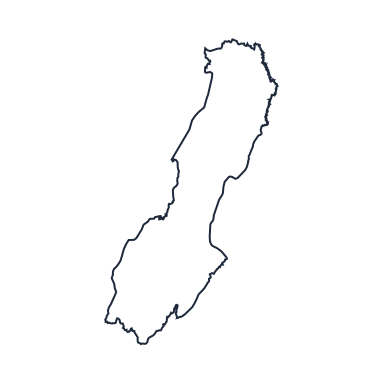 outline of Batheay, Kâmpóng Cham, Cambodia, rotated 16°
{"feature_id": "14789045B52363017269131", "entity_name": "Batheay", "entity_type": "district", "adm_level": 2, "iso_a3": "KHM", "parent_name": "Cambodia", "parent_adm1": "Kâmpóng Cham", "projection": "equal_earth", "projection_center": [104.945, 12.037], "detail": "fine", "context": "isolated", "style": "outline", "palette": "slate", "viewbox_px": 384, "rotation_deg": 16, "n_neighbors": 0, "source": "geoboundaries", "source_scale": "gbopen_adm2", "svg_char_len": 5959}
<svg xmlns="http://www.w3.org/2000/svg" viewBox="0 0 384 384"><g transform="rotate(16 192 192)"><path d="M245.1,66.7L243.5,64.8L242.6,65.3L241.6,63.9L240.4,63.5L239.9,62.6L240.1,61.9L239.3,62.2L238.8,61.5L238.1,62.3L238.2,63.3L237.6,64.1L236.9,64.0L236.0,61.4L235.5,61.7L234.8,60.8L234.7,60.3L235.9,60.0L234.9,59.3L234.3,58.4L233.5,58.6L233.0,58.3L233.7,57.4L232.7,56.9L232.9,56.1L232.3,56.2L231.9,55.6L232.1,54.7L231.6,53.8L231.2,53.9L230.9,54.6L229.4,53.6L229.8,52.9L230.0,53.2L230.3,52.2L229.7,52.1L229.3,52.5L229.2,52.1L229.5,51.7L229.3,51.3L228.8,52.0L228.5,51.9L228.1,50.9L228.1,49.7L227.6,50.5L227.1,49.1L226.8,49.9L226.0,49.7L225.8,49.3L226.1,48.4L224.8,48.7L224.7,48.4L225.1,47.6L224.9,47.3L223.8,47.9L224.4,44.8L223.7,44.5L223.8,43.1L223.3,43.1L222.8,43.8L222.4,43.5L223.1,42.7L223.2,42.2L222.7,41.8L223.0,41.0L221.9,40.9L222.0,39.7L221.3,39.9L221.5,39.3L222.6,38.4L221.9,37.9L220.7,37.9L220.4,36.9L219.8,37.0L219.1,35.9L218.7,36.1L217.6,34.1L216.1,33.3L216.7,32.1L216.5,31.9L214.2,32.0L213.2,32.5L212.0,31.7L211.7,32.3L211.1,33.3L211.3,33.8L212.0,34.3L212.5,36.8L212.4,37.9L211.3,37.3L209.9,37.3L209.0,36.7L208.6,36.9L208.2,36.5L208.4,35.5L208.1,35.4L205.8,35.8L204.4,34.2L204.1,36.4L203.8,36.7L201.7,36.3L201.1,35.0L198.4,35.8L196.3,37.2L195.3,36.8L193.5,34.7L189.1,34.1L188.7,34.3L188.5,36.4L188.2,37.3L187.8,37.5L185.9,36.7L184.5,37.9L182.8,37.9L181.9,38.3L181.5,40.5L180.4,40.7L180.2,41.5L180.6,42.4L180.8,43.9L180.6,45.3L180.1,46.2L177.4,47.0L170.7,51.5L167.9,51.5L165.1,50.2L165.9,55.2L167.3,55.9L167.9,58.8L168.6,59.3L170.0,59.3L172.0,61.0L172.5,61.2L173.2,60.8L173.6,61.4L173.1,62.7L173.7,64.2L171.9,64.4L171.5,66.2L171.7,68.3L170.9,67.8L170.4,68.0L170.3,68.5L171.2,72.6L171.7,73.3L173.0,73.4L176.2,71.7L178.2,72.0L179.0,73.0L179.7,77.0L180.6,93.9L180.3,98.4L180.4,107.3L176.2,113.5L173.9,118.3L172.3,123.3L172.3,132.6L163.5,166.5L165.1,167.8L165.7,167.2L165.6,165.6L168.0,165.8L169.9,167.3L171.5,172.2L172.9,174.8L173.7,175.5L173.9,178.4L174.6,181.1L174.1,182.6L174.8,185.7L175.6,186.8L175.8,188.4L175.4,190.2L173.8,192.4L173.1,194.4L173.1,195.5L175.3,201.8L176.9,205.1L176.0,206.5L176.5,207.1L175.7,208.6L174.4,209.7L173.2,209.7L173.1,210.2L173.3,211.6L173.8,212.6L173.9,213.8L173.5,216.3L173.8,217.2L173.8,218.1L173.4,218.9L173.3,220.5L173.8,220.6L173.8,221.2L174.1,221.4L174.1,221.8L172.9,221.4L173.3,222.5L171.9,223.9L171.9,224.3L172.2,224.4L172.0,226.1L171.3,226.4L170.9,226.2L171.2,225.7L169.8,224.9L169.3,225.4L169.6,225.7L169.5,226.1L168.8,226.9L168.0,227.3L167.5,225.3L168.7,224.5L168.5,223.8L167.7,224.0L163.4,226.4L162.9,228.1L158.9,229.4L158.4,230.3L157.9,232.5L154.5,236.7L154.0,241.8L151.3,251.5L149.9,253.5L149.1,254.1L144.4,255.6L142.9,260.7L142.2,266.0L142.3,276.0L142.0,278.6L140.9,282.3L139.8,284.9L138.3,287.4L137.9,290.2L138.7,293.2L138.6,297.0L141.9,300.9L142.8,302.2L144.2,305.6L146.7,309.0L146.5,311.6L144.9,322.5L144.1,325.0L143.9,327.1L143.9,329.2L145.1,331.7L144.2,334.7L144.4,336.5L143.8,338.8L144.6,339.6L144.9,340.8L146.2,340.1L147.2,341.2L148.3,340.4L149.6,340.7L151.8,340.3L152.2,339.8L154.5,339.2L154.8,337.4L154.6,336.4L154.8,334.4L155.0,334.0L156.2,334.0L157.7,335.0L158.8,337.2L159.6,338.0L161.7,337.5L163.4,339.9L163.5,340.9L163.1,341.7L163.6,341.9L163.8,341.6L165.5,343.2L166.7,342.7L166.6,343.1L168.9,344.3L169.5,343.4L170.2,343.5L170.5,343.0L171.0,341.9L170.9,340.4L171.6,339.7L173.2,342.0L174.3,341.5L174.9,341.5L175.3,342.7L179.8,346.6L180.9,350.4L181.6,351.5L183.3,351.6L184.8,352.3L185.6,351.5L189.0,350.8L189.7,350.1L190.4,348.7L190.3,345.7L190.5,344.7L191.2,343.5L194.4,340.4L195.5,337.9L195.9,336.0L196.6,335.1L197.6,334.9L198.5,334.0L200.2,333.6L200.8,330.5L201.7,328.8L201.7,328.3L200.7,327.4L200.9,327.0L202.6,326.5L202.7,325.0L203.3,323.7L203.0,321.3L202.6,320.3L202.6,318.8L203.5,319.0L203.7,318.7L203.9,317.8L204.5,317.1L205.1,314.3L205.4,314.7L206.2,314.2L207.4,312.8L207.5,311.1L207.0,308.9L207.5,307.8L207.8,305.2L208.0,304.8L208.7,304.6L209.6,305.2L209.0,307.1L209.7,307.3L209.6,308.7L209.2,308.7L209.3,309.6L210.2,311.5L209.7,312.1L210.1,313.7L210.7,314.2L211.8,316.1L212.4,316.5L212.3,317.3L213.2,316.8L214.6,315.4L215.4,315.3L217.1,313.9L218.1,312.3L218.6,312.0L224.0,302.6L225.1,298.3L226.1,293.0L226.5,288.8L230.4,281.2L232.4,274.1L232.9,273.5L233.0,272.7L232.2,270.8L233.5,269.2L233.5,268.8L232.7,267.3L231.8,266.3L233.5,264.5L235.6,264.6L236.2,261.8L237.0,260.6L237.1,259.4L237.8,258.9L238.7,256.5L239.7,256.4L239.6,255.2L239.9,254.4L240.6,253.4L241.5,253.3L240.5,252.2L240.6,251.7L241.5,251.1L242.5,249.2L242.5,247.7L243.9,246.9L243.6,245.8L242.7,245.0L236.9,241.1L231.7,239.1L226.7,238.2L224.9,237.1L223.2,235.0L221.9,231.8L221.1,229.2L218.6,218.2L218.7,216.9L219.9,213.9L220.1,212.3L219.4,208.5L220.2,191.8L221.7,186.7L222.0,184.5L220.8,178.4L220.6,173.1L223.4,167.2L224.8,166.5L226.7,166.5L229.9,167.4L231.9,166.1L237.0,156.4L237.8,153.1L237.8,148.9L237.7,147.2L237.4,146.9L237.6,144.8L236.6,141.8L237.2,140.1L237.1,139.4L238.0,131.3L237.6,129.1L238.0,126.3L240.0,120.1L240.6,119.1L241.8,118.5L242.8,116.8L242.3,115.5L241.1,114.1L240.8,112.2L241.0,110.8L240.7,110.3L241.5,108.5L242.1,108.7L242.8,108.0L243.0,108.3L244.5,106.9L245.0,107.2L245.6,106.9L246.0,106.3L245.8,105.8L246.1,105.4L246.0,104.8L245.3,104.6L245.6,103.9L244.5,103.8L243.7,102.9L243.9,102.6L243.2,102.5L243.4,100.9L243.0,100.5L242.6,100.7L242.6,99.8L242.1,100.0L241.7,99.6L242.3,99.0L242.6,98.2L242.0,98.5L241.6,97.1L242.0,96.5L241.9,95.7L242.3,95.2L242.2,94.6L242.7,93.8L242.1,92.7L241.5,93.2L241.4,92.6L241.8,92.1L241.4,91.3L241.9,90.0L241.8,88.9L241.9,88.4L242.2,88.4L242.0,87.9L241.7,87.9L241.7,87.5L242.3,87.2L242.2,86.5L242.8,86.0L242.2,85.6L241.8,85.8L241.7,85.4L241.3,85.2L241.7,84.4L241.3,83.8L242.0,83.3L242.0,82.8L241.4,82.7L241.4,81.6L241.0,81.6L242.1,80.8L242.1,77.9L242.6,77.2L241.9,76.8L242.1,76.5L243.2,76.7L244.0,76.1L244.3,75.0L244.9,75.8L245.4,74.2L244.5,73.6L245.0,72.3L244.8,71.1L244.2,69.9L244.8,69.6L244.1,67.9L245.1,66.7Z" fill="none" stroke="#1e293b" stroke-width="2"/></g></svg>